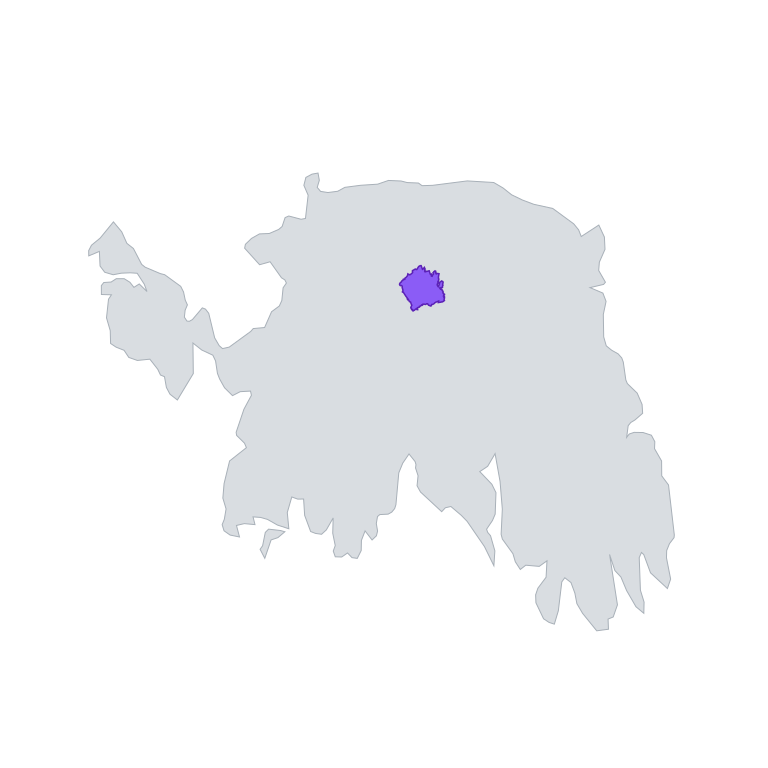 Edenderry Lea-6, Offaly, Ireland (highlighted), rotated 278°
{"feature_id": "5873133B48901885331675", "entity_name": "Edenderry Lea-6", "entity_type": "district", "adm_level": 2, "iso_a3": "IRL", "parent_name": "Ireland", "parent_adm1": "Offaly", "projection": "orthographic", "projection_center": [-7.208, 53.279], "detail": "fine", "context": "in_parent", "style": "filled", "palette": "violet", "viewbox_px": 768, "rotation_deg": 278, "n_neighbors": 0, "source": "geoboundaries", "source_scale": "gbopen_adm2", "svg_char_len": 8765}
<svg xmlns="http://www.w3.org/2000/svg" viewBox="0 0 768 768"><g transform="rotate(278 384 384)"><path d="M483.3,117.0L468.7,127.4L466.4,131.3L462.2,147.1L461.7,151.6L452.4,169.1L447.2,172.7L439.4,175.5L435.0,178.3L429.4,176.8L422.4,177.0L418.9,180.1L419.0,182.5L421.1,185.3L434.1,193.5L433.3,196.8L429.6,200.6L406.1,209.9L399.0,215.5L396.6,219.2L399.0,225.6L417.5,244.7L420.7,246.8L423.3,257.9L439.9,262.6L446.7,269.5L452.5,271.2L465.2,270.7L470.4,273.3L473.3,271.3L474.9,267.7L489.2,254.2L484.8,244.2L499.1,227.1L503.0,227.3L509.7,232.5L515.3,239.8L517.1,249.5L522.4,258.2L525.8,261.2L535.0,262.9L537.1,266.3L535.6,279.0L537.0,283.2L560.4,282.6L569.6,277.0L577.7,277.9L581.8,283.5L583.7,289.3L576.7,291.6L569.4,290.5L565.9,294.4L565.8,301.8L568.4,311.3L573.3,317.9L577.5,333.1L581.0,349.9L586.2,360.1L587.4,372.7L586.7,378.9L587.8,390.1L585.7,394.1L587.5,404.5L596.7,438.2L598.8,464.6L594.7,474.6L589.1,484.1L585.5,495.3L582.8,507.3L581.3,526.7L569.0,549.6L563.7,555.3L557.5,558.8L571.3,574.6L560.2,581.8L548.1,584.1L534.6,580.3L526.3,580.8L515.6,589.1L513.2,587.6L508.1,574.6L504.5,588.1L496.7,592.4L483.4,591.5L461.2,595.0L452.7,598.8L449.1,604.8L446.4,611.7L442.9,615.8L439.0,617.9L421.7,622.9L418.3,624.9L410.2,636.0L399.7,642.4L391.0,644.2L383.4,637.6L380.2,633.7L376.7,631.6L364.9,631.7L368.6,633.8L370.9,638.4L372.0,647.3L370.5,655.9L364.6,660.2L357.6,660.9L346.4,669.6L331.7,671.8L323.6,679.8L274.9,692.5L272.2,692.6L265.6,688.9L258.4,687.1L251.2,687.9L230.7,695.0L220.9,693.1L234.1,674.2L251.2,665.0L253.0,662.4L247.6,660.9L215.5,666.6L204.2,671.9L193.1,673.2L198.5,664.5L213.2,653.0L225.8,645.5L231.4,638.6L246.6,631.1L197.8,645.9L185.2,643.4L182.4,638.6L172.4,640.4L169.2,629.0L184.5,612.6L193.3,605.6L203.5,602.1L213.4,596.8L217.3,590.0L212.8,587.6L183.7,588.2L169.9,586.1L170.9,580.6L173.7,574.7L188.5,564.9L196.3,563.5L203.2,564.8L215.2,571.4L231.6,570.0L225.0,563.1L224.3,549.6L219.3,544.8L226.2,538.8L233.9,535.3L246.9,522.8L251.5,520.9L276.5,518.6L303.6,512.5L330.5,503.7L316.9,498.1L310.6,491.0L299.7,504.8L292.0,510.0L270.6,512.2L263.9,510.4L254.5,505.8L251.5,507.3L248.6,510.6L234.2,517.0L219.3,518.1L237.0,506.1L259.6,485.4L264.7,478.8L272.0,467.3L270.0,462.0L265.6,458.9L282.1,435.2L287.8,430.9L297.9,430.5L305.3,426.9L308.6,426.9L311.5,425.6L318.2,418.5L308.3,413.6L298.1,411.0L266.2,412.6L262.1,411.9L258.2,409.5L255.7,406.2L254.1,398.0L251.8,396.0L244.7,395.8L237.5,398.1L232.6,397.6L227.9,393.9L235.9,385.7L226.0,383.4L215.9,384.6L207.6,381.8L207.6,376.5L211.6,371.4L206.8,366.2L206.1,359.8L211.5,357.0L217.2,358.2L229.1,354.0L244.3,352.3L231.5,347.2L226.5,343.1L226.5,337.0L227.7,331.9L242.9,323.7L258.9,320.4L258.0,314.6L259.3,308.4L243.3,306.1L227.4,309.9L229.5,298.1L233.7,287.5L234.7,280.4L234.2,272.8L226.8,275.8L226.3,265.1L223.4,257.6L212.4,262.2L213.0,252.6L216.4,246.0L222.2,243.3L227.8,244.7L238.3,245.0L248.6,240.3L263.1,239.5L286.3,241.8L301.8,256.6L306.0,254.1L312.6,245.2L315.6,244.3L339.5,248.8L354.4,254.3L358.4,252.8L356.4,242.7L351.4,235.6L358.1,226.6L366.0,220.6L371.3,217.6L383.4,214.0L388.7,210.5L392.3,198.8L398.0,189.1L367.8,193.7L339.4,181.6L344.1,173.5L350.3,169.0L360.7,165.6L361.8,161.4L367.1,157.9L376.0,148.7L373.0,136.5L374.8,127.6L381.2,121.9L383.2,113.6L386.1,107.6L398.7,105.5L410.9,100.0L429.6,99.4L434.4,101.7L433.3,91.7L442.1,90.4L445.5,92.4L447.0,99.6L451.0,104.2L452.1,112.1L449.4,118.2L444.9,122.9L449.0,127.7L442.6,136.4L449.5,132.7L459.3,124.2L458.8,117.3L457.2,108.5L454.5,100.6L455.8,91.9L461.3,86.4L475.7,83.7L469.8,73.8L475.0,73.0L480.7,75.0L489.1,82.7L506.9,93.5L498.2,103.1L487.5,109.8L483.3,117.0ZM224.5,301.8L223.9,306.4L217.1,300.3L213.9,293.9L194.8,290.2L203.1,284.3L206.9,286.3L220.5,287.1L224.2,289.9L224.5,301.8Z" fill="#d9dde1" stroke="#a8b0b8" stroke-width="1"/><path d="M467.7,419.1L467.8,419.5L468.0,419.8L468.1,420.0L468.3,420.0L468.4,419.9L468.5,419.8L469.0,420.0L469.3,420.2L469.5,420.3L469.6,421.1L470.2,422.0L470.7,422.5L471.5,423.0L471.8,423.5L472.1,423.7L472.6,424.6L473.7,426.5L472.2,426.5L472.5,427.4L472.9,428.7L472.9,428.8L473.1,429.0L473.3,429.4L473.2,429.9L473.4,430.2L473.6,430.7L473.9,431.0L474.0,431.0L474.2,431.4L474.3,431.6L475.3,432.2L475.6,431.8L475.8,431.9L476.1,431.8L476.7,431.7L477.1,431.8L477.4,431.8L477.5,431.8L477.7,432.0L478.0,431.9L478.1,431.7L478.2,431.2L478.4,431.2L478.6,431.6L478.9,431.7L479.0,431.7L479.2,431.4L479.2,431.2L479.3,430.8L479.5,430.9L479.7,430.7L479.9,430.7L480.4,430.7L480.6,430.9L480.6,431.3L480.8,431.5L481.0,431.4L481.3,431.4L481.5,430.8L481.9,430.4L482.0,430.1L482.2,429.9L482.3,429.9L482.5,429.6L482.8,429.7L483.1,429.8L483.4,429.8L483.6,429.5L484.0,429.4L484.2,429.2L484.5,429.0L484.6,428.8L484.8,428.7L485.0,428.8L485.3,428.5L485.2,428.2L485.3,428.0L485.5,427.8L485.8,427.2L485.7,426.8L486.9,425.7L487.1,426.5L487.2,426.8L487.4,427.0L487.2,427.8L487.3,427.9L487.5,428.1L487.6,428.3L487.9,428.5L488.3,428.3L488.6,428.4L489.0,428.3L489.4,428.4L489.7,428.6L489.8,428.6L490.1,428.6L490.3,428.4L490.5,428.4L490.9,428.2L492.0,428.3L492.3,428.4L492.5,428.4L493.2,428.3L493.3,428.1L493.5,428.0L493.7,427.8L493.7,427.4L494.1,426.8L493.7,426.3L493.2,425.9L492.3,424.7L491.3,425.0L489.0,424.6L488.4,424.5L488.0,424.0L488.3,423.7L488.6,423.5L488.9,423.4L489.1,423.1L489.4,423.0L489.5,423.0L489.7,422.9L489.9,423.0L490.2,422.9L490.3,423.0L490.6,423.0L490.9,423.1L491.0,423.2L491.1,423.4L491.4,423.3L491.6,423.3L491.9,423.2L492.1,423.2L492.1,423.3L492.3,423.4L492.4,423.5L492.6,423.4L492.8,423.3L493.0,423.4L493.2,423.2L493.8,423.6L494.2,423.6L494.3,423.7L494.5,423.7L494.8,423.7L495.0,423.6L495.3,423.5L495.5,423.4L495.6,423.6L495.8,423.5L496.0,423.5L496.8,423.1L497.6,423.0L500.2,423.1L500.8,423.2L500.9,422.7L500.9,421.9L500.8,421.4L500.9,420.9L500.7,420.7L500.3,420.5L500.3,420.3L500.4,420.2L500.6,420.3L500.8,420.2L500.9,420.3L501.0,420.2L501.2,419.9L501.3,419.9L501.5,419.7L501.8,419.7L501.8,419.8L502.1,419.7L502.3,419.6L502.4,419.4L502.6,419.5L502.7,419.4L502.9,419.4L503.0,418.8L503.1,418.7L502.7,418.3L502.4,418.1L502.3,417.9L502.2,417.9L502.1,417.7L501.7,417.6L501.1,417.1L500.8,417.0L500.7,417.1L500.3,417.6L499.6,417.7L498.7,417.0L498.5,416.9L498.3,416.9L497.4,416.7L497.5,416.3L497.4,416.1L497.4,415.9L497.6,415.8L498.1,415.8L498.5,415.8L499.0,415.8L499.3,415.7L499.5,415.6L499.3,415.2L499.0,415.1L499.0,414.7L499.7,414.3L502.4,413.0L500.9,409.3L501.0,409.3L500.9,409.2L501.0,409.0L501.1,408.9L501.2,408.7L501.9,408.9L502.1,408.6L502.3,408.6L502.8,408.4L503.1,408.4L503.6,408.3L503.6,408.2L503.7,408.3L503.8,408.2L503.9,408.4L503.9,408.5L505.1,407.7L503.6,406.9L503.6,406.7L503.2,406.3L503.0,406.1L506.4,404.3L506.2,403.3L505.2,402.0L501.9,400.5L501.9,400.3L501.9,400.2L501.9,399.9L501.9,399.5L502.2,399.2L502.0,398.8L501.9,398.5L501.1,397.6L500.4,396.6L500.2,396.4L499.8,396.3L499.3,396.6L498.9,396.8L498.6,396.8L498.3,396.8L498.1,396.7L497.7,396.3L497.2,396.0L495.8,394.5L495.7,394.4L495.7,394.2L495.9,393.9L496.0,393.1L496.3,392.5L496.4,392.3L495.7,392.2L495.1,392.3L494.8,392.3L494.2,391.9L493.8,391.8L493.6,391.6L492.6,391.0L492.4,390.7L492.0,390.2L491.6,390.0L491.3,390.1L490.6,390.1L490.4,389.9L490.6,389.2L490.6,388.9L490.4,388.6L490.2,388.7L489.9,388.5L489.9,388.4L489.7,388.3L489.3,388.2L489.2,388.2L489.1,387.9L488.8,387.6L488.7,387.5L488.4,387.2L488.1,387.1L487.3,386.9L487.2,386.7L486.9,386.3L486.7,386.1L485.8,385.7L485.3,385.5L484.9,385.5L484.2,385.8L484.0,386.1L483.8,386.4L483.7,386.5L483.9,386.9L483.9,387.0L484.0,387.2L483.9,387.5L483.7,388.0L483.5,388.3L483.4,388.3L483.2,388.4L482.9,388.5L482.7,388.6L482.4,388.5L482.2,388.5L481.8,388.7L481.5,388.8L481.4,388.9L481.2,388.9L480.9,389.1L480.6,389.3L479.9,389.4L479.7,389.7L479.2,389.7L478.2,389.8L477.9,389.4L477.6,389.5L477.7,390.1L477.4,390.5L473.9,393.5L472.6,394.9L472.3,395.1L471.9,395.2L471.6,395.1L471.3,395.3L470.8,395.8L471.3,396.1L469.7,397.4L469.3,397.5L469.1,397.7L469.0,398.3L468.9,398.5L468.9,398.9L468.7,399.0L467.0,399.8L465.9,400.6L464.3,400.1L463.9,400.0L463.7,400.0L463.5,399.9L463.4,399.9L463.4,400.0L463.1,400.3L462.9,400.2L462.7,400.3L462.6,400.5L462.4,400.7L462.2,400.7L461.8,400.9L461.7,400.9L461.5,401.0L461.4,401.1L461.5,401.4L461.5,401.6L461.6,401.8L461.4,401.9L461.4,402.0L461.3,402.3L461.1,402.3L461.1,402.2L460.8,402.2L460.6,402.4L460.4,402.5L460.5,402.9L460.8,403.1L461.3,403.9L462.5,404.8L463.0,405.5L462.9,405.7L462.6,406.1L462.3,406.2L462.2,406.3L462.3,407.0L464.2,406.5L465.1,408.4L465.8,408.3L466.3,409.4L466.9,409.7L467.1,410.1L467.1,410.5L467.3,410.6L467.7,410.5L467.8,410.8L467.7,410.9L467.6,411.2L468.3,411.4L468.2,411.6L468.3,411.8L468.5,411.8L468.7,412.5L468.5,413.9L468.8,414.3L469.1,414.8L469.4,415.0L469.3,415.5L469.5,415.7L469.5,415.8L469.4,415.9L469.3,416.3L468.8,416.6L468.2,417.2L468.1,418.0L468.0,418.4L467.8,418.7L467.8,418.9L467.7,419.1Z" fill="#8b5cf6" stroke="#5b21b6" stroke-width="1.5"/></g></svg>